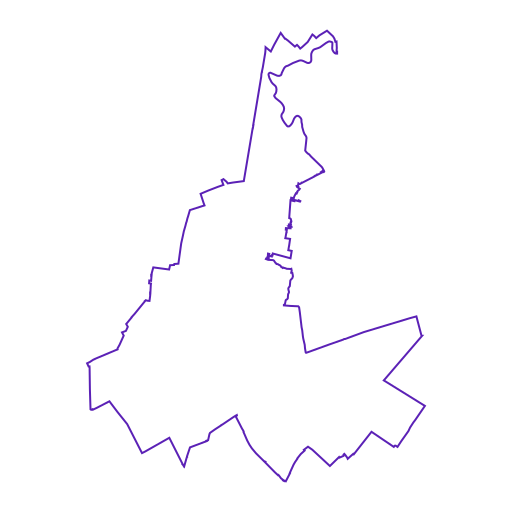 Stichtse Vecht, Utrecht, Netherlands (Albers equal-area conic projection)
{"feature_id": "6326949B24894131059498", "entity_name": "Stichtse Vecht", "entity_type": "district", "adm_level": 2, "iso_a3": "NLD", "parent_name": "Netherlands", "parent_adm1": "Utrecht", "projection": "albers", "projection_center": [5.022, 52.203], "detail": "fine", "context": "isolated", "style": "outline", "palette": "violet", "viewbox_px": 512, "rotation_deg": 0, "n_neighbors": 0, "source": "geoboundaries", "source_scale": "gbopen_adm2", "svg_char_len": 5948}
<svg xmlns="http://www.w3.org/2000/svg" viewBox="0 0 512 512"><path d="M416.4,316.4L409.8,318.2L363.8,332.1L345.1,339.0L344.2,339.0L343.2,339.6L329.2,344.5L308.2,352.1L306.1,352.8L305.7,352.4L305.0,348.2L304.7,344.8L303.3,338.8L302.9,336.4L302.2,330.2L301.6,327.3L299.8,312.1L299.1,307.3L298.3,306.3L289.9,305.9L283.9,305.4L283.9,304.8L284.6,304.4L285.0,303.8L285.7,300.3L286.1,299.8L287.2,299.2L287.8,298.3L288.1,294.2L288.8,292.8L289.0,292.1L288.9,291.5L288.5,290.1L288.3,288.8L288.4,288.2L288.7,287.6L289.8,286.1L290.3,280.7L290.7,279.9L292.3,278.2L292.9,276.5L292.8,275.2L292.3,272.8L291.2,272.7L291.7,270.6L291.4,269.2L291.3,269.3L291.2,269.0L286.8,268.8L285.6,268.3L283.4,267.7L282.8,268.0L282.6,267.8L282.6,267.4L281.4,267.2L280.6,265.9L279.6,265.1L279.1,265.0L277.9,264.2L276.6,264.0L276.6,263.7L275.4,262.8L274.0,260.7L273.5,260.3L272.9,260.1L269.4,259.9L268.9,259.7L268.3,259.9L265.9,259.0L266.1,258.6L268.3,259.4L268.7,259.3L268.0,258.7L267.8,258.1L266.4,257.4L266.9,257.4L268.1,258.0L268.7,258.6L268.8,256.7L267.9,256.9L267.8,256.5L268.0,253.6L269.3,253.9L269.1,255.9L271.3,256.1L271.3,256.4L271.8,256.5L271.9,255.3L272.5,255.4L272.8,253.5L290.5,258.3L291.7,250.9L288.3,250.2L289.1,245.6L289.2,245.4L289.2,245.1L290.1,238.9L285.3,238.2L285.6,236.9L286.4,232.2L286.6,232.2L286.6,231.2L286.8,230.2L286.8,229.6L285.8,229.6L285.9,228.1L290.6,228.3L290.7,227.3L290.5,226.8L291.5,226.7L291.4,226.5L291.0,226.3L288.6,226.3L288.4,226.1L289.1,225.9L288.9,225.4L288.9,224.4L290.9,224.3L290.5,222.9L291.1,222.4L291.3,221.6L290.9,221.5L291.2,220.7L290.8,219.0L290.3,218.5L289.2,218.1L290.5,200.3L294.5,201.2L294.8,200.2L298.9,201.3L298.9,201.1L300.0,201.6L300.3,201.1L299.0,200.4L298.9,201.0L291.0,199.2L291.2,197.7L293.8,198.2L294.0,197.4L294.1,196.9L294.5,196.0L295.9,193.3L296.6,193.6L297.4,192.0L297.2,191.6L298.0,190.6L299.1,189.8L299.8,188.8L297.6,187.3L297.9,186.9L297.0,186.8L296.6,186.0L298.0,185.4L298.4,183.3L299.7,184.1L301.0,183.4L301.5,182.7L301.9,182.9L314.7,176.3L314.9,176.0L314.8,175.9L315.4,175.5L315.7,175.7L316.5,175.3L317.1,174.5L317.5,174.8L321.8,172.6L321.1,172.0L321.8,171.5L322.0,171.6L322.6,171.0L323.8,172.0L324.2,171.6L323.8,170.3L323.3,169.9L322.8,168.5L321.8,167.0L311.1,156.6L309.1,154.3L308.0,153.7L306.3,152.1L305.2,150.6L306.2,141.3L306.5,138.1L306.4,137.2L306.0,136.2L304.3,133.7L303.5,131.6L302.2,127.0L302.1,124.6L301.5,122.1L301.4,119.4L301.0,118.6L300.5,117.8L299.2,116.5L298.0,115.9L296.9,115.9L295.9,116.4L294.9,117.4L294.0,118.8L292.6,122.3L291.8,123.7L290.3,125.5L289.0,126.4L287.7,126.4L287.0,125.9L284.5,122.7L282.8,120.0L281.7,117.6L281.4,116.6L281.4,115.6L281.7,114.3L283.2,112.1L283.8,110.6L284.1,108.6L283.8,106.8L282.9,105.0L281.6,103.2L280.2,101.8L275.7,98.2L274.4,96.4L274.2,95.8L274.4,95.2L275.8,93.1L276.3,91.5L276.5,89.3L276.2,87.5L275.8,86.6L275.2,85.8L272.7,83.6L271.5,82.1L269.4,78.0L268.5,74.7L268.7,73.7L269.2,73.1L269.8,72.8L270.4,72.7L277.2,75.7L279.1,75.9L280.7,75.3L281.3,74.6L281.8,72.9L284.1,68.2L285.1,67.0L286.2,66.2L287.9,65.7L293.0,63.0L299.2,60.6L300.4,60.4L301.8,60.5L303.5,61.1L307.3,62.9L308.5,63.0L309.5,62.8L310.6,62.0L311.2,60.8L311.3,60.0L311.2,55.0L311.3,53.7L311.9,52.1L313.0,50.3L314.3,49.3L318.4,48.0L320.2,47.2L326.0,43.0L328.5,41.6L329.5,41.4L330.7,41.7L331.7,42.0L332.3,42.5L332.4,43.6L332.2,48.3L332.3,49.3L332.6,50.2L333.4,51.6L334.7,53.1L335.9,53.6L337.1,53.6L337.1,51.7L336.5,51.7L336.8,48.0L336.5,41.5L335.4,41.8L334.4,38.6L333.0,36.3L327.0,30.7L319.5,35.3L316.2,38.1L314.3,36.0L312.4,34.5L307.7,42.0L302.1,47.1L300.2,48.6L298.4,46.3L297.0,44.9L294.9,46.6L288.0,40.6L285.3,38.6L284.9,38.7L280.7,32.9L274.2,44.7L270.8,51.5L265.6,47.2L265.6,47.3L265.4,50.9L265.2,53.0L262.8,67.4L261.9,71.7L262.0,72.0L261.8,72.2L261.4,74.1L261.2,76.9L253.2,125.0L253.4,125.0L252.8,128.5L252.6,128.5L252.5,129.2L243.8,181.1L233.2,182.5L227.7,183.4L226.6,181.8L223.4,179.1L221.6,180.1L223.4,184.9L217.7,186.9L208.4,190.5L200.6,193.8L203.5,202.7L204.5,205.4L189.9,210.1L188.0,216.6L187.4,218.4L186.6,221.7L186.2,222.7L185.4,225.9L183.8,231.4L183.0,235.3L181.2,243.4L178.4,263.7L174.3,264.0L174.1,264.2L174.0,265.0L170.1,265.2L169.1,269.5L153.3,267.4L151.8,272.9L151.6,275.1L151.2,275.0L151.2,276.0L151.5,276.0L151.1,280.8L149.3,280.5L149.1,283.3L151.0,283.6L150.8,284.9L150.4,292.5L150.1,292.5L150.1,294.1L150.3,294.1L150.1,296.2L149.5,300.9L147.2,300.7L145.8,300.2L145.0,300.9L145.1,301.0L134.5,314.0L131.5,317.3L131.6,317.5L126.2,324.0L127.8,326.8L125.9,330.9L122.0,332.4L123.7,335.6L119.6,344.7L117.6,348.3L117.4,349.2L117.5,349.4L94.9,358.9L94.7,359.2L93.6,359.5L89.8,362.0L87.1,363.3L88.6,366.5L89.5,366.4L89.6,367.8L89.9,389.3L90.5,409.3L91.2,409.8L92.6,409.2L92.9,409.7L96.9,407.8L109.4,401.3L117.5,412.0L127.2,424.1L142.0,453.1L145.0,451.6L169.3,437.8L182.3,463.5L182.3,464.2L182.8,464.6L183.9,466.3L184.1,465.7L184.3,466.0L186.5,458.2L186.9,457.0L187.1,456.9L187.0,456.4L190.0,447.4L206.7,441.1L206.5,440.7L208.1,440.2L209.5,433.9L209.7,433.7L210.0,432.9L215.1,429.3L221.1,425.4L221.2,425.1L221.5,424.9L221.8,424.9L222.3,424.6L233.4,417.1L235.3,415.9L235.4,416.1L236.8,415.1L236.9,415.5L235.9,416.2L236.1,417.1L242.0,428.6L243.3,430.7L243.7,431.7L243.5,432.0L247.2,440.5L249.5,444.8L251.9,448.4L256.0,453.3L264.4,461.6L264.7,461.4L264.9,461.5L264.7,461.7L265.0,461.9L265.3,462.0L265.1,462.3L274.9,472.3L278.0,475.2L278.3,474.9L278.8,475.3L281.0,478.3L283.2,480.0L283.0,480.4L284.2,481.1L284.4,480.8L284.7,480.7L285.8,481.3L289.9,473.4L289.7,473.3L290.5,471.4L293.6,464.6L295.1,462.0L297.4,458.7L297.3,458.4L300.8,454.0L304.6,450.6L303.9,449.8L308.0,446.7L312.3,449.7L329.9,466.0L339.1,457.0L339.5,457.6L343.5,455.9L343.5,454.7L344.3,453.9L345.3,455.0L346.3,456.4L347.3,457.8L347.7,458.8L353.3,453.8L353.8,454.3L371.5,431.8L393.8,446.9L394.5,445.9L395.0,445.6L395.7,445.7L397.5,446.9L401.3,441.1L408.4,431.1L410.1,427.5L413.4,422.4L415.1,420.2L424.9,405.9L383.8,380.4L422.1,335.8L421.6,335.8L421.5,335.7L416.4,316.4Z" fill="none" stroke="#5b21b6" stroke-width="2"/></svg>